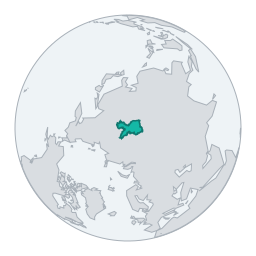 Irkutsk on an orthographic globe, rotated 216°
{"feature_id": "RUS-2602", "entity_name": "Irkutsk", "entity_type": "Region", "adm_level": 1, "iso_a3": "RUS", "parent_name": "Russia", "parent_adm1": "", "projection": "orthographic", "projection_center": [107.861, 57.716], "detail": "fine", "context": "on_globe", "style": "filled", "palette": "teal", "viewbox_px": 256, "rotation_deg": 216, "n_neighbors": 0, "source": "natural_earth", "source_scale": "10m", "svg_char_len": 16023}
<svg xmlns="http://www.w3.org/2000/svg" viewBox="0 0 256 256"><g transform="rotate(216 128 128)"><circle cx="128" cy="128" r="113" fill="#eef3f6" stroke="#a8b0b8"/><path d="M189.2,33.4L192.8,36.8L191.7,35.1L194.4,37.0L195.9,38.3L194.2,37.1L194.9,38.9L197.4,41.9L195.9,44.6L187.6,44.6L187.1,42.7L185.2,43.0L185.7,45.5L186.5,47.1L180.5,53.3L180.9,63.4L184.8,67.5L181.0,66.1L190.9,74.7L193.5,81.6L188.2,73.3L185.9,72.1L186.6,76.5L184.3,76.2L183.4,78.3L180.6,77.6L177.8,73.0L176.0,72.6L176.5,75.7L174.2,77.3L173.6,72.7L169.4,74.9L163.8,68.0L164.6,57.0L159.2,53.5L153.9,43.1L152.1,43.9L149.0,40.8L145.7,40.6L145.7,38.9L143.1,40.3L143.8,41.9L142.9,43.1L141.1,43.2L140.7,41.0L141.5,40.6L140.5,40.0L141.1,38.9L139.7,39.5L139.5,36.9L137.0,39.6L134.5,37.7L135.0,36.0L138.6,36.0L148.6,32.5L150.3,31.1L149.1,28.9L139.3,25.1L139.7,23.7L137.5,22.0L135.7,22.7L136.7,24.3L132.8,25.5L134.5,27.5L133.1,28.3L133.4,30.7L129.5,30.6L125.6,29.3L125.1,27.4L123.4,26.9L120.7,29.0L116.8,26.0L109.0,25.1L108.4,24.5L112.9,22.2L120.8,21.1L126.6,19.0L118.9,20.7L117.6,19.3L115.7,19.3L113.6,19.7L112.5,20.4L111.3,20.1L118.4,18.0L119.6,18.3L117.4,18.9L121.1,18.4L125.9,17.4L124.8,16.9L133.1,16.4L132.5,16.1L133.9,15.9L134.4,16.4L133.7,15.7L142.1,16.2L150.4,17.6L158.6,19.6L166.6,22.2L174.4,25.4L181.9,29.1L189.2,33.4ZM233.9,98.4L233.0,97.4L233.3,96.5L233.9,98.4ZM232.7,97.9L232.9,98.0L232.7,98.1L232.7,97.9ZM232.6,98.7L232.7,98.1L232.7,98.9L232.6,98.7ZM232.7,99.9L232.6,99.2L232.7,99.3L232.7,99.9ZM232.4,101.5L232.3,101.8L232.2,101.0L232.4,101.5ZM187.2,47.9L185.9,45.6L186.3,43.6L187.6,45.4L187.2,47.9ZM186.2,52.3L184.9,51.0L187.2,50.4L187.2,51.3L186.2,52.3ZM188.1,70.6L187.5,68.3L188.8,70.7L188.1,70.6ZM183.7,78.7L184.6,79.4L183.7,80.2L183.7,78.7ZM135.6,30.6L134.5,30.7L135.0,30.2L135.6,30.6ZM136.7,31.7L138.0,31.1L138.7,31.6L137.9,31.9L136.7,31.7ZM178.8,80.0L177.1,81.0L178.3,79.1L178.8,80.0ZM134.9,32.3L139.8,32.4L141.1,33.2L139.0,35.1L134.9,32.3ZM175.8,81.1L171.7,84.0L173.3,85.8L166.5,82.3L172.2,81.0L173.4,78.3L174.1,80.4L175.8,81.1ZM144.8,42.4L144.0,40.7L146.4,42.0L144.8,42.4ZM146.6,43.0L155.1,45.8L155.4,48.5L152.5,46.9L154.2,50.5L150.1,50.4L148.2,48.4L148.9,46.7L146.8,48.0L146.6,43.0ZM163.3,80.0L161.9,80.1L162.9,79.2L163.3,80.0ZM142.7,43.6L144.5,43.9L144.8,46.3L141.4,46.1L142.4,45.4L142.7,43.6ZM156.6,51.5L156.3,53.3L152.9,53.7L152.3,54.5L150.0,50.6L156.6,51.5ZM141.4,44.9L139.7,46.1L137.9,45.1L141.1,43.6L141.4,44.9ZM146.3,46.9L146.3,48.1L145.2,47.4L146.3,46.9ZM130.4,42.5L132.4,42.6L132.8,43.8L130.4,42.5ZM139.2,46.5L139.9,46.9L140.2,47.4L138.8,47.9L139.2,46.5ZM147.8,51.2L146.4,51.1L148.5,52.8L146.1,53.3L145.0,50.7L144.4,52.0L143.6,52.2L143.6,49.9L147.8,51.2ZM138.4,50.1L136.2,47.1L132.3,46.5L131.9,45.4L138.2,46.6L138.4,50.1ZM141.5,50.1L139.5,49.8L140.0,48.5L141.6,47.9L141.5,50.1ZM144.8,54.6L148.8,54.5L148.9,55.1L144.8,54.6ZM137.2,50.2L137.8,50.9L136.9,50.3L137.2,50.2ZM142.3,53.5L143.8,53.4L143.8,54.0L142.3,53.5ZM137.7,52.5L137.0,51.5L138.1,51.0L137.7,52.5ZM139.7,53.2L139.5,54.1L138.9,51.5L140.4,53.0L139.7,53.2ZM142.2,54.1L142.7,54.5L141.6,54.1L142.2,54.1ZM133.9,55.0L132.9,51.8L135.4,50.7L136.0,53.9L133.9,55.0ZM40.4,57.2L42.2,55.1L44.4,61.7L41.5,66.7L39.4,80.5L38.5,82.9L35.2,84.2L30.7,99.4L33.6,100.5L33.1,112.8L35.1,119.4L42.2,116.1L39.0,105.1L42.0,100.4L47.4,106.8L50.8,116.8L52.1,115.3L52.9,106.9L56.8,107.2L53.6,103.9L52.6,106.7L50.6,104.7L51.4,102.1L52.7,102.2L52.5,98.9L46.3,99.2L44.6,102.1L42.3,95.2L39.3,99.4L37.6,98.5L42.1,91.1L44.0,90.0L49.6,79.4L47.4,79.9L41.9,90.0L42.3,87.7L39.3,88.7L41.9,86.2L48.5,75.3L48.4,69.2L43.1,65.9L44.2,62.3L47.5,57.6L54.8,55.1L51.5,63.6L54.1,63.1L59.3,58.8L57.8,61.9L59.6,61.2L58.8,64.5L62.1,66.9L62.0,70.0L67.6,69.1L68.3,70.7L64.8,70.7L62.3,72.6L62.5,80.8L63.8,81.8L67.5,80.6L67.1,83.2L70.6,81.0L72.8,85.2L73.0,78.3L77.3,77.1L81.0,78.7L82.5,77.1L76.4,74.5L74.0,74.6L71.8,76.6L65.2,76.2L64.2,73.9L71.3,69.9L70.6,66.2L76.4,64.9L89.1,72.3L92.3,76.5L88.3,86.8L85.1,86.6L84.9,82.8L81.1,87.8L83.3,86.7L83.0,88.9L87.0,88.4L87.0,90.0L90.9,87.0L91.3,88.9L88.8,90.7L95.1,92.0L97.1,95.7L98.5,95.3L99.5,93.8L101.4,99.7L102.3,99.1L102.1,96.9L103.9,94.4L107.8,92.4L108.2,94.5L106.9,95.5L104.7,101.0L101.0,103.6L101.6,104.3L104.9,102.6L107.6,95.9L109.8,94.0L109.0,97.3L109.5,96.0L110.7,95.7L112.3,97.6L113.4,94.1L126.5,89.5L131.0,92.8L128.8,96.1L138.4,95.8L142.7,99.9L142.5,97.9L147.0,96.6L145.7,95.2L145.9,94.2L156.7,90.7L159.6,91.8L164.0,88.3L163.9,87.3L162.0,86.4L166.5,82.3L173.3,85.8L173.3,87.9L177.6,88.9L176.8,93.6L178.1,98.0L174.7,102.9L176.1,106.2L177.6,106.2L180.6,110.8L181.4,120.6L173.9,112.6L171.4,98.8L171.8,104.3L169.7,103.1L168.6,105.1L169.1,109.1L170.4,109.5L160.7,116.9L157.8,127.8L163.0,126.4L166.1,129.1L167.3,141.3L157.2,158.5L161.2,162.9L161.4,166.1L157.7,168.5L157.3,163.9L153.7,162.6L154.1,159.7L148.0,162.4L148.3,158.4L143.4,162.6L145.1,165.6L150.4,164.6L146.1,170.1L151.3,175.0L151.7,181.0L142.5,191.6L133.4,194.6L132.8,196.3L129.2,194.2L124.3,197.2L130.8,206.6L130.6,209.1L122.7,213.1L122.6,211.3L113.2,205.8L111.3,211.3L118.4,216.6L120.9,221.7L115.3,219.6L112.9,215.0L109.5,212.9L110.5,208.2L108.0,200.0L102.4,200.3L103.0,197.1L98.6,188.9L90.6,188.7L77.9,192.7L76.0,199.9L71.7,201.1L66.9,187.0L67.5,178.5L64.1,177.3L60.6,166.6L49.7,156.5L49.7,153.5L47.3,152.3L45.1,146.5L45.6,141.7L43.6,139.3L42.6,152.1L45.0,154.7L49.0,154.4L48.2,157.9L50.5,164.0L42.5,165.4L28.9,155.0L30.1,148.9L32.8,123.9L34.2,122.9L34.3,122.7L34.5,122.3L32.1,123.4L33.4,118.8L29.3,134.2L27.5,139.1L28.7,155.1L27.9,155.0L29.1,159.3L35.9,166.5L35.4,168.1L30.6,170.9L23.4,167.4L25.9,175.2L26.8,177.4L23.5,170.1L20.8,162.6L18.6,154.9L17.0,147.1L15.9,139.2L15.4,131.3L15.5,123.3L16.1,115.3L17.3,107.4L19.0,99.6L21.3,92.0L24.1,84.5L27.4,77.3L31.3,70.3L35.6,63.6L40.4,57.2ZM39.7,61.7L38.7,62.4L39.7,61.7ZM51.8,130.6L55.5,136.3L58.3,130.0L59.9,131.7L60.3,129.0L58.5,129.5L60.0,122.6L63.2,123.9L65.0,121.6L63.9,119.6L57.7,118.4L55.5,128.2L52.8,128.5L51.8,130.6ZM117.2,19.4L116.6,19.5L114.4,19.8L115.4,19.4L117.2,19.4ZM104.5,23.1L102.7,22.5L104.7,22.5L105.8,21.8L111.4,21.1L108.4,24.1L108.8,22.8L104.5,23.1ZM118.0,21.3L114.8,21.2L118.4,21.2L118.0,21.3ZM69.8,55.3L68.1,56.9L66.2,56.7L66.4,53.2L69.1,53.4L69.8,55.3ZM66.1,59.4L73.0,56.7L73.2,59.0L71.9,58.1L71.4,59.9L69.1,59.1L62.5,64.1L60.4,64.2L61.9,57.3L62.6,59.4L64.2,57.6L66.1,59.4ZM90.5,47.5L93.5,46.8L90.0,52.5L87.6,52.5L87.6,48.9L90.5,46.7L90.5,47.5ZM130.3,36.0L131.7,35.7L131.8,36.2L130.7,37.0L130.3,36.0ZM131.3,42.4L124.4,38.1L125.6,37.4L120.1,35.9L121.2,33.6L124.7,34.7L121.4,31.9L125.1,32.0L122.5,30.3L130.3,32.9L133.4,33.0L129.5,33.7L128.4,35.7L128.9,36.6L132.5,39.3L138.8,40.7L138.7,43.1L136.9,44.4L135.4,44.4L136.0,42.8L133.6,44.0L133.2,41.8L131.3,42.4ZM116.9,60.8L118.1,58.5L113.2,61.3L112.8,58.7L112.3,59.2L110.6,57.7L107.6,56.7L107.9,55.4L106.6,55.6L105.4,54.6L103.7,54.5L103.7,52.3L101.7,51.9L102.9,51.1L99.3,51.1L101.9,50.1L100.7,48.9L98.8,50.5L103.0,39.8L102.7,36.4L101.0,34.2L105.8,33.0L110.5,34.5L114.4,37.5L114.0,41.0L116.2,40.0L116.7,41.4L114.7,41.6L118.0,42.1L117.9,43.4L121.4,46.6L126.3,46.7L127.7,48.0L125.7,48.6L128.5,49.4L125.7,51.4L126.6,52.4L124.8,55.5L120.4,56.2L121.8,57.3L120.5,59.8L116.9,60.8ZM133.3,55.8L128.2,57.0L125.4,56.3L129.7,51.3L129.3,50.1L131.9,47.1L135.9,48.2L134.7,49.0L134.6,50.0L133.4,49.2L134.2,50.6L132.7,51.7L132.9,53.1L131.1,53.1L133.3,55.8ZM39.8,83.9L39.5,85.5L39.6,87.7L37.7,88.4L39.8,83.9ZM44.1,76.4L44.2,77.6L41.6,79.5L41.9,77.9L44.1,76.4ZM46.5,76.7L44.4,77.5L45.7,76.1L46.5,76.7ZM65.1,71.8L65.5,73.0L64.6,73.5L63.4,73.3L65.1,71.8ZM102.3,69.1L103.5,67.8L104.1,68.1L107.9,66.6L108.5,68.5L106.5,70.1L102.3,69.1ZM40.4,115.2L38.5,114.3L38.7,112.8L39.3,113.4L40.4,115.2ZM37.0,100.8L36.7,104.8L36.5,100.9L37.0,100.8ZM103.6,70.9L105.1,70.1L104.5,71.6L103.6,70.9ZM109.2,69.8L108.8,71.5L109.1,68.6L109.2,69.8ZM31.5,186.2L33.5,189.0L33.9,189.0L36.5,193.3L36.9,194.3L31.5,186.2ZM149.4,230.1L152.8,229.8L152.7,230.1L149.4,230.1ZM145.9,229.8L149.8,229.4L145.2,230.4L145.9,229.8ZM151.3,229.2L155.2,228.2L156.9,227.5L156.6,228.0L151.3,229.2ZM143.2,230.1L128.8,230.5L123.1,229.6L124.5,228.9L133.7,229.3L143.2,230.1ZM124.0,228.8L115.3,225.4L103.6,214.8L107.8,215.8L120.1,222.9L119.3,223.7L124.6,226.3L124.0,228.8ZM145.0,223.7L144.2,226.2L136.2,226.4L132.6,226.1L130.1,222.8L131.5,221.0L134.5,221.1L146.0,214.0L150.0,215.3L146.5,218.4L149.8,220.5L145.0,223.7ZM76.4,200.8L78.5,206.1L76.2,205.7L76.4,200.8ZM150.7,208.6L146.0,212.2L150.3,207.6L150.7,208.6ZM153.2,204.2L153.5,205.8L151.6,204.4L153.2,204.2ZM132.6,198.9L129.5,199.2L129.4,197.9L133.4,196.7L132.6,198.9ZM152.0,186.0L151.9,190.1L151.3,191.6L149.9,189.3L152.0,186.0ZM110.9,87.0L104.9,86.8L101.0,88.2L99.4,91.3L99.0,87.0L105.1,84.9L110.9,87.0ZM124.5,88.9L125.9,86.4L127.0,87.6L126.9,88.4L124.5,88.9ZM124.1,87.3L122.6,84.0L124.5,82.7L125.3,85.5L124.1,87.3ZM112.8,77.2L111.0,76.9L111.6,75.7L112.8,77.2ZM141.1,239.9L137.7,239.6L139.2,239.5L138.7,238.5L151.8,235.6L161.4,230.7L168.3,229.0L173.8,224.6L180.8,222.2L178.5,225.1L185.4,222.9L190.9,216.1L194.4,218.0L198.8,215.5L199.0,215.4L192.7,220.2L186.0,224.6L179.0,228.4L171.8,231.8L164.4,234.6L156.7,236.9L149.0,238.7L141.1,239.9ZM221.2,191.2L221.5,190.7L221.2,191.3L221.2,191.2ZM220.9,191.6L221.5,190.6L221.3,191.0L220.9,191.6ZM217.3,194.5L217.9,193.6L218.1,193.6L217.3,194.5ZM157.8,229.0L162.6,226.4L165.2,225.6L157.8,229.0ZM216.6,194.8L215.2,196.2L215.4,195.7L216.6,194.8ZM216.8,194.0L216.7,193.8L217.4,193.8L216.8,194.0ZM214.2,195.7L215.8,194.8L214.0,196.0L214.2,195.7ZM213.2,196.8L211.9,197.6L212.0,197.4L213.2,196.8ZM198.6,208.4L203.3,207.7L199.4,210.3L195.0,211.5L191.4,214.9L183.3,218.6L185.2,216.8L184.2,215.7L175.7,218.3L174.0,217.8L177.0,216.0L171.4,216.8L177.6,214.3L180.1,215.8L183.6,212.6L189.5,210.4L195.2,208.2L199.7,207.1L198.6,208.4ZM177.5,219.4L178.6,219.0L177.6,219.9L177.5,219.4ZM209.6,198.5L211.4,198.0L211.1,198.4L210.3,199.0L209.6,198.5ZM200.7,206.1L205.6,201.1L206.7,200.3L203.5,204.5L200.7,206.1ZM204.4,200.7L206.7,199.4L207.8,199.5L207.3,200.1L204.4,200.7ZM164.9,221.1L164.6,221.8L163.0,221.7L164.9,221.1ZM167.0,220.2L171.9,219.5L166.5,220.9L167.0,220.2ZM152.0,220.8L153.5,222.2L158.1,220.4L154.6,222.5L157.6,224.5L156.6,225.5L153.5,223.4L152.4,226.3L150.4,226.5L149.3,224.3L151.4,221.0L153.4,219.4L161.6,217.4L152.0,220.8ZM167.0,218.3L165.7,216.7L166.6,215.1L168.0,215.8L167.0,218.3ZM161.8,212.5L158.3,210.6L155.1,212.1L161.5,207.3L163.8,210.0L161.8,212.5ZM158.8,207.3L155.8,208.7L158.9,206.0L158.8,207.3ZM155.1,207.9L154.7,206.0L157.0,205.9L155.1,207.9ZM160.3,207.1L160.8,203.7L162.0,205.4L160.3,207.1ZM153.7,201.6L158.7,204.2L152.2,203.8L151.8,196.9L154.5,196.4L153.7,201.6ZM168.3,168.0L167.5,165.8L170.0,164.6L169.8,166.5L168.3,168.0ZM177.3,159.1L170.4,163.5L164.7,167.2L166.6,167.9L165.4,172.2L162.6,169.0L166.4,163.6L170.8,161.6L171.2,157.9L174.3,154.5L173.4,150.2L174.7,147.8L176.9,151.2L177.3,159.1ZM172.8,148.4L172.2,140.3L177.0,139.9L178.1,141.6L176.4,145.5L174.0,145.4L172.8,148.4ZM173.5,138.2L171.2,138.1L165.5,127.0L165.4,124.7L172.3,132.7L170.5,133.0L171.0,135.9L173.5,138.2ZM162.5,81.2L162.0,80.2L163.2,80.8L162.5,81.2ZM145.1,93.5L145.6,92.1L147.0,92.7L145.1,93.5ZM147.8,88.7L145.8,89.0L147.7,87.8L147.8,88.7ZM141.5,89.7L145.0,88.6L141.9,91.0L141.5,89.7Z" fill="#d9dde1" stroke="#a8b0b8" stroke-width="1"/><path d="M121.7,126.3L122.2,126.2L122.3,125.9L122.5,125.8L122.6,125.7L122.5,125.4L122.5,125.1L122.7,124.9L122.9,124.9L123.1,124.7L123.2,124.8L123.5,124.8L123.4,124.9L123.4,125.0L123.5,125.3L123.7,125.5L124.0,125.6L124.0,125.8L123.9,125.9L124.3,125.9L124.5,126.0L124.9,126.1L125.0,126.0L124.8,125.8L124.9,125.7L125.3,125.3L125.5,125.2L125.4,124.9L125.4,124.7L125.1,124.5L125.0,124.3L125.0,124.0L125.2,123.9L125.7,123.8L125.6,123.7L125.6,123.3L125.7,123.0L125.5,122.9L125.1,122.9L124.9,122.6L124.8,122.2L124.7,121.8L124.9,121.7L124.9,121.4L125.1,121.1L125.3,121.1L125.2,120.9L125.6,120.7L126.0,120.2L126.1,120.3L126.2,120.2L126.2,119.9L126.5,119.6L126.6,119.4L126.7,119.1L126.7,118.9L126.8,118.8L126.9,118.6L127.0,118.4L126.8,118.3L126.8,118.1L126.7,117.9L126.5,117.5L126.7,117.4L126.7,117.2L127.0,117.0L127.0,116.9L126.8,116.6L127.0,116.4L126.9,116.3L127.1,116.0L127.0,115.8L127.0,115.7L127.3,115.9L127.5,115.8L127.8,115.7L128.3,115.7L128.3,115.3L128.1,115.2L128.4,115.2L128.6,115.2L128.5,115.3L128.8,115.7L128.7,115.8L128.8,115.9L128.7,116.1L128.4,116.0L128.4,116.3L128.2,116.4L128.2,116.5L128.6,116.5L128.9,116.6L129.0,116.5L129.2,116.8L129.3,116.9L129.3,117.1L129.4,117.3L129.4,117.7L129.6,117.9L129.5,118.1L129.4,118.4L129.3,118.5L129.5,118.8L129.9,118.8L130.0,119.0L129.9,119.1L130.0,119.2L129.6,119.8L129.6,120.1L129.9,120.5L129.8,120.9L130.1,121.0L130.4,121.1L130.5,121.2L130.5,121.5L130.3,121.9L130.3,122.0L130.1,122.2L130.2,122.3L130.0,122.6L129.9,122.8L129.9,123.0L129.8,123.3L129.7,123.7L129.8,123.8L129.6,124.0L129.4,124.6L129.5,124.7L129.4,124.7L129.4,124.8L129.7,124.9L129.7,125.1L129.8,125.2L129.8,125.3L130.0,125.5L130.4,125.5L130.7,125.3L130.8,125.2L130.7,125.1L130.8,124.9L131.2,125.0L131.2,124.9L131.3,125.0L131.5,124.9L131.8,125.0L131.9,124.8L132.1,124.8L132.3,124.4L132.5,124.5L132.4,124.6L132.8,124.7L132.8,124.8L132.7,124.9L132.6,125.1L132.6,125.5L132.8,125.4L132.8,125.2L133.1,125.0L133.4,125.0L133.6,124.7L133.7,124.3L133.7,124.1L133.9,124.0L133.9,123.9L134.1,123.9L134.1,123.7L134.3,123.4L134.6,123.2L134.7,122.7L134.8,122.8L135.1,122.2L135.5,122.0L135.9,122.2L136.5,122.3L136.9,122.6L137.0,122.8L137.2,123.0L137.2,123.6L137.3,123.8L137.7,123.9L137.8,123.7L137.9,123.9L138.0,123.9L138.1,123.6L138.3,123.5L138.8,123.8L139.0,124.0L138.8,124.2L138.9,124.5L139.1,124.6L139.0,124.8L139.2,125.2L139.1,125.4L139.5,125.6L139.5,125.8L139.6,126.0L139.1,126.2L138.9,126.2L138.7,125.9L138.5,126.0L138.4,125.9L138.1,125.9L137.9,126.1L138.0,126.4L137.9,126.5L137.9,126.8L137.6,127.2L137.7,127.3L137.7,127.5L137.9,127.5L138.0,127.8L138.0,128.1L138.3,128.0L138.5,128.1L138.5,128.3L138.3,128.4L138.4,128.5L138.5,128.7L138.4,128.8L138.4,129.0L138.3,128.9L138.3,129.0L138.1,129.0L138.1,128.8L137.9,129.1L137.6,129.3L137.3,129.3L137.1,129.1L136.9,129.2L136.4,129.0L136.5,128.8L136.9,128.6L136.8,128.4L136.5,128.4L136.3,128.7L136.0,128.8L135.7,128.8L135.7,129.0L135.5,129.4L135.4,129.6L135.1,129.6L134.8,129.7L134.6,129.9L134.6,130.0L134.4,129.9L134.1,129.8L133.9,129.9L133.4,129.8L133.3,129.7L133.2,129.5L133.2,129.3L132.9,129.5L132.7,129.5L132.6,129.4L132.2,129.5L132.0,129.3L132.0,129.1L131.8,129.1L131.7,129.4L131.8,129.5L131.6,129.7L131.1,129.6L130.9,129.7L130.7,129.5L130.3,129.4L130.2,129.6L130.2,129.8L130.1,130.0L129.7,129.9L129.6,130.0L129.4,130.0L129.2,130.2L128.9,130.2L128.9,130.4L128.8,130.7L128.8,130.8L129.0,130.9L129.2,131.3L129.5,131.4L129.5,131.5L129.2,131.5L129.0,132.1L128.9,132.1L128.9,132.3L128.9,132.5L129.0,132.9L129.0,133.0L128.9,133.2L129.0,133.4L129.0,133.5L128.9,133.5L129.0,134.0L128.8,134.2L129.3,134.3L129.3,134.5L128.7,135.7L128.2,136.9L126.0,138.3L125.4,139.1L125.1,139.4L124.7,139.7L124.1,139.9L124.0,140.2L124.1,140.4L124.0,140.6L123.9,140.5L123.5,140.5L123.0,140.8L123.0,140.2L122.8,140.1L122.5,140.1L122.3,139.8L122.4,139.4L121.8,139.0L121.6,138.7L121.2,138.4L121.0,138.5L120.9,138.5L120.8,138.3L120.6,138.1L120.4,137.8L120.4,137.6L119.7,137.2L119.2,136.6L119.3,136.4L119.2,136.3L119.1,136.0L118.9,136.1L118.6,136.1L118.6,136.3L118.4,136.4L118.0,136.4L118.0,136.6L117.8,136.7L117.6,136.5L117.7,136.4L117.2,136.2L117.1,136.3L116.8,136.3L116.8,136.2L116.5,135.9L116.4,135.7L116.0,135.6L115.9,135.4L115.8,135.1L115.6,135.1L115.3,134.8L115.1,134.8L114.9,134.9L114.4,134.1L114.5,133.9L114.1,133.6L114.1,133.4L114.4,133.3L114.7,133.0L115.2,133.2L115.2,132.9L115.4,132.6L115.5,132.5L115.4,132.2L115.5,132.1L115.6,131.8L115.8,131.7L115.8,131.2L115.8,130.8L116.0,130.7L116.1,130.4L116.3,130.2L116.5,130.4L116.7,130.2L116.8,130.1L116.9,129.8L117.2,129.8L117.2,129.5L117.2,129.0L116.9,128.9L117.1,128.7L116.9,128.6L116.8,128.4L117.7,127.1L118.5,127.2L118.6,127.3L118.8,127.3L119.2,127.3L119.3,127.0L119.5,126.8L119.9,126.8L119.9,127.2L120.2,127.5L120.2,127.9L120.5,128.2L120.7,127.9L120.6,127.7L120.7,127.3L120.9,127.3L121.0,127.1L121.0,126.9L121.2,126.7L121.5,126.7L121.7,126.3Z" fill="#14b8a6" stroke="#0f766e" stroke-width="1.5"/></g></svg>